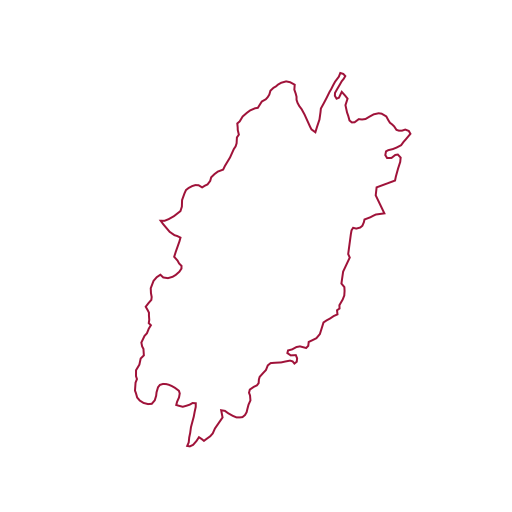 Presidente Dutra, Maranhão, Brazil (Natural Earth projection), rotated 23°
{"feature_id": "56859067B14161249303413", "entity_name": "Presidente Dutra", "entity_type": "district", "adm_level": 2, "iso_a3": "BRA", "parent_name": "Brazil", "parent_adm1": "Maranhão", "projection": "natural_earth1", "projection_center": [-44.458, -5.289], "detail": "fine", "context": "isolated", "style": "outline", "palette": "rose", "viewbox_px": 512, "rotation_deg": 23, "n_neighbors": 0, "source": "geoboundaries", "source_scale": "gbopen_adm2", "svg_char_len": 3725}
<svg xmlns="http://www.w3.org/2000/svg" viewBox="0 0 512 512"><g transform="rotate(23 256 256)"><path d="M234.4,98.8L232.3,96.4L231.1,93.6L229.1,91.0L226.3,87.9L224.7,83.2L219.5,82.7L215.5,83.5L211.5,86.7L209.3,89.6L208.1,92.1L206.4,94.3L204.7,98.2L205.2,102.3L204.7,105.3L203.8,107.9L201.0,111.5L200.5,114.4L199.8,118.9L197.4,120.4L193.7,124.3L191.7,127.7L189.2,132.8L188.4,138.5L187.0,141.3L188.9,144.8L190.0,147.2L192.8,151.0L192.1,154.3L194.1,159.8L194.4,163.1L193.8,166.2L193.7,170.8L193.6,175.4L192.8,181.0L192.2,185.2L192.0,189.3L187.9,193.2L185.8,196.8L184.0,201.1L184.5,204.8L183.4,209.1L181.5,211.2L179.6,213.9L175.5,213.3L172.5,214.4L170.0,216.5L167.4,219.7L165.8,222.6L165.7,226.3L166.1,233.4L168.5,239.6L168.9,244.2L164.9,251.4L161.2,256.2L158.1,259.3L154.5,260.8L158.0,262.9L167.1,267.5L172.8,268.7L175.6,268.4L179.3,268.6L179.8,272.3L180.5,283.5L181.0,288.7L185.6,290.9L188.1,292.9L191.3,294.2L192.3,296.7L191.6,300.4L189.5,304.8L187.4,307.7L183.6,310.8L179.0,312.0L175.3,310.6L172.9,314.3L171.4,318.9L171.7,326.8L173.8,331.2L176.0,334.5L176.8,337.3L175.6,340.9L174.3,345.8L177.6,348.3L179.6,350.0L180.7,352.6L182.7,356.5L183.5,359.7L186.3,360.8L185.7,364.7L185.8,369.8L184.6,373.1L184.3,380.5L186.5,383.7L188.7,385.5L190.2,388.5L191.6,391.3L189.9,395.4L191.1,401.6L190.2,408.0L192.5,413.5L194.5,415.8L194.6,419.6L197.2,427.2L199.1,429.2L201.9,432.7L205.5,434.5L209.9,435.2L214.5,434.5L217.8,432.8L219.2,428.4L218.7,423.7L217.7,420.3L217.1,415.1L217.9,412.2L220.4,410.1L223.4,409.0L226.0,408.6L229.2,408.6L232.8,409.0L235.3,409.6L237.7,410.2L239.5,412.3L240.4,416.3L240.3,421.0L240.8,424.3L243.6,424.0L247.5,423.4L250.5,421.0L253.0,418.8L255.1,416.1L258.1,415.1L259.5,418.5L260.4,423.3L261.5,428.3L261.9,431.2L263.0,438.9L264.6,444.8L265.4,449.0L266.9,453.9L266.9,457.7L269.5,457.1L271.9,454.4L273.5,449.5L274.3,445.1L277.5,445.7L280.3,446.5L282.0,443.6L284.3,439.8L285.5,436.2L285.6,430.8L288.3,417.7L284.2,411.6L287.9,410.7L291.7,411.6L297.0,412.2L301.0,412.2L304.2,410.9L306.5,409.6L308.0,406.7L308.4,403.5L307.8,399.9L307.2,395.7L307.3,391.1L305.0,386.7L303.0,384.6L302.5,381.4L305.1,377.3L307.4,374.7L308.1,372.0L306.9,368.5L306.6,365.8L308.4,360.6L309.7,357.1L309.6,352.1L311.3,348.9L314.3,347.3L320.8,344.1L324.3,341.6L328.2,339.0L330.9,338.7L333.4,340.0L334.8,337.4L333.8,334.1L331.4,331.7L326.8,333.9L322.8,333.1L322.4,330.4L325.7,327.9L328.8,324.0L331.8,322.0L338.1,321.1L339.2,318.3L338.1,314.5L340.7,311.6L343.7,308.1L345.3,302.9L344.6,295.7L344.1,290.8L346.2,287.6L348.6,284.6L351.0,280.9L353.8,277.9L351.8,274.3L353.4,271.7L352.0,268.7L352.8,262.2L352.7,257.9L351.2,253.6L349.5,250.1L345.4,248.0L344.3,243.9L342.3,236.3L342.9,220.8L340.1,218.2L334.8,198.9L333.9,195.0L334.4,192.1L337.6,191.6L340.8,189.1L342.1,186.6L342.1,182.8L341.6,180.0L346.1,175.7L348.3,173.0L350.1,171.0L357.5,166.6L342.5,153.4L340.2,145.7L354.5,132.2L353.7,128.2L352.6,119.9L352.0,113.1L350.7,108.9L346.9,107.2L344.7,108.6L342.4,112.8L338.4,114.6L335.6,112.6L334.8,108.9L336.4,106.9L340.2,104.1L343.0,101.3L346.3,97.3L347.3,93.0L348.3,90.1L350.4,83.2L347.8,81.2L344.0,81.3L341.4,83.6L338.6,84.8L336.0,85.0L332.5,82.7L329.9,81.7L327.2,81.0L324.5,79.1L321.4,76.6L316.0,75.9L313.1,76.7L309.0,79.6L306.0,83.4L303.3,87.1L300.3,88.9L297.1,89.9L294.5,94.4L292.0,95.6L289.1,94.7L286.1,90.9L283.7,88.3L279.4,82.2L278.8,75.4L275.5,73.6L270.8,71.4L270.5,77.9L268.7,79.7L266.0,77.7L265.0,75.0L265.5,70.6L266.2,65.3L266.6,61.7L267.5,58.6L267.9,55.5L265.3,54.3L262.1,54.6L262.2,58.6L260.7,64.6L260.3,68.5L260.0,73.2L259.6,76.0L259.2,83.0L258.7,89.0L258.1,94.9L259.2,98.5L261.1,105.6L261.7,113.2L262.3,118.9L257.6,117.8L255.3,115.9L245.4,106.8L240.6,103.0L237.3,101.1L234.4,98.8Z" fill="none" stroke="#9f1239" stroke-width="2"/></g></svg>